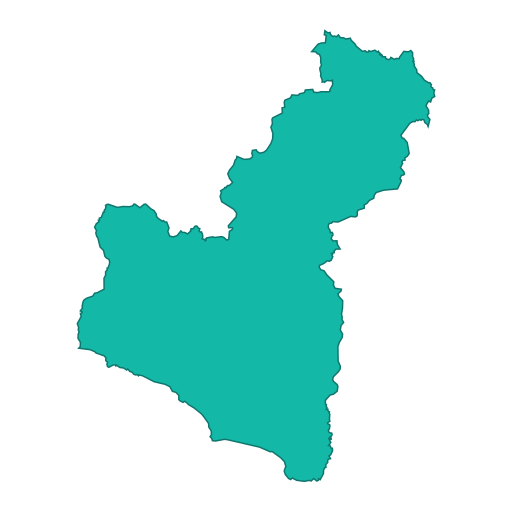 outline of Garut, Jawa Barat, Indonesia
{"feature_id": "22746128B66421464971893", "entity_name": "Garut", "entity_type": "district", "adm_level": 2, "iso_a3": "IDN", "parent_name": "Indonesia", "parent_adm1": "Jawa Barat", "projection": "robinson", "projection_center": [107.848, -7.343], "detail": "fine", "context": "isolated", "style": "filled", "palette": "teal", "viewbox_px": 512, "rotation_deg": 0, "n_neighbors": 0, "source": "geoboundaries", "source_scale": "gbopen_adm2", "svg_char_len": 5992}
<svg xmlns="http://www.w3.org/2000/svg" viewBox="0 0 512 512"><path d="M221.7,201.7L233.8,209.3L236.6,213.1L236.2,216.8L228.3,225.8L228.7,227.8L232.2,227.6L232.7,228.3L232.1,229.6L229.4,231.3L228.7,239.4L226.7,240.1L224.1,237.6L221.8,236.6L214.4,237.5L212.9,236.8L206.9,237.8L205.9,238.5L206.0,240.1L205.3,240.8L204.1,239.2L202.2,238.9L202.8,236.6L202.4,234.1L201.5,231.9L200.4,232.2L199.2,230.9L199.8,228.6L198.1,228.0L197.3,226.4L196.1,225.9L194.7,226.5L193.3,228.7L191.2,228.7L190.5,230.3L190.9,230.9L187.6,233.9L184.8,232.5L182.2,232.4L180.9,230.9L177.1,235.6L173.3,236.9L169.7,236.1L167.8,231.3L169.0,228.0L166.7,222.0L165.4,222.2L163.4,220.6L162.5,221.3L158.2,218.4L156.6,216.5L156.2,214.0L154.0,210.6L150.7,208.7L145.8,204.1L144.1,204.3L139.9,207.7L134.8,204.1L133.9,204.1L132.5,206.0L129.2,206.7L122.9,206.5L117.5,207.4L108.1,204.2L106.3,204.7L105.5,205.6L106.0,206.3L105.3,209.2L104.3,210.1L104.3,212.0L103.3,212.1L101.4,217.3L99.3,218.2L99.4,220.1L98.4,220.3L99.0,221.7L96.4,223.6L94.6,227.2L96.5,230.7L95.8,233.0L96.8,236.7L97.7,237.3L100.1,247.0L103.5,250.4L104.9,256.3L106.6,258.2L108.8,259.2L109.6,261.4L109.5,263.9L108.0,268.0L107.1,268.1L107.2,269.8L105.6,271.8L105.6,275.2L104.0,278.2L104.1,289.2L97.0,292.8L94.6,293.2L92.8,296.1L86.7,298.2L84.1,299.9L83.1,301.7L82.1,306.4L82.5,307.9L80.3,310.9L82.1,311.8L81.8,313.1L80.4,313.4L81.2,316.5L77.3,323.7L78.7,327.6L78.2,329.9L79.1,331.9L78.2,334.1L78.0,338.4L80.4,342.2L80.3,346.5L78.7,348.2L90.2,349.7L94.8,351.7L96.0,353.0L104.1,355.8L105.9,357.7L105.8,360.7L107.6,362.4L106.9,364.2L107.5,366.5L108.8,367.3L113.2,365.0L115.1,364.8L115.9,366.0L116.6,365.2L119.8,367.5L123.6,368.0L126.7,370.0L127.7,369.0L129.9,371.5L132.4,372.3L133.6,374.2L135.9,375.0L137.1,374.5L138.5,375.8L138.9,375.0L142.4,375.7L154.1,381.7L165.1,384.3L169.9,386.7L172.4,391.3L176.0,392.4L178.9,395.5L178.7,399.2L179.6,400.6L183.1,402.4L184.7,401.3L186.9,402.8L188.2,404.4L194.2,408.0L201.6,414.0L204.0,417.0L208.6,423.5L208.8,427.1L211.2,430.8L211.5,434.4L210.1,436.8L211.6,438.1L212.4,440.7L215.5,441.0L224.5,439.3L227.5,439.7L259.5,447.1L270.3,451.8L272.1,451.5L280.8,457.8L284.4,461.6L285.8,466.3L284.2,471.0L285.4,474.6L288.6,478.5L290.7,479.5L292.2,478.0L296.7,480.3L304.3,481.3L309.5,480.4L311.1,481.0L313.7,478.6L316.8,481.0L318.4,480.3L318.8,478.7L320.2,479.7L323.4,473.7L323.6,469.9L324.9,467.7L326.0,467.3L325.7,464.7L327.7,462.4L327.7,460.3L328.4,459.2L330.5,458.7L329.0,455.9L330.8,454.7L332.6,450.6L332.4,448.3L331.3,448.3L329.7,445.1L328.8,445.3L330.8,442.3L328.7,438.5L329.6,438.1L330.2,439.4L331.2,439.2L331.2,438.1L330.0,437.0L331.7,435.8L332.1,434.3L331.7,433.1L329.4,432.7L328.6,431.3L328.4,430.0L329.4,428.9L329.9,426.0L329.6,424.5L328.3,424.4L327.5,422.8L329.9,421.2L329.4,419.3L329.8,414.3L329.1,413.0L329.5,412.0L327.9,410.6L327.8,409.1L326.3,409.3L327.0,407.5L326.1,406.3L326.4,404.6L325.4,403.8L325.4,400.3L330.0,395.1L333.6,394.1L337.2,391.2L337.9,386.5L337.2,384.6L333.5,381.4L332.6,379.4L333.4,376.7L338.5,371.6L340.2,368.8L340.4,366.4L338.1,361.0L337.9,346.5L339.4,342.2L342.2,337.5L342.6,334.1L340.3,330.0L341.1,325.4L343.6,322.5L341.8,319.1L342.3,317.4L341.5,314.2L342.5,308.4L342.7,300.7L338.8,296.4L337.9,293.8L341.0,291.1L341.4,289.2L335.1,288.3L333.4,285.1L333.8,281.8L326.9,275.0L324.1,270.8L320.7,269.7L319.2,267.1L319.5,265.4L323.8,263.5L327.3,260.7L329.1,261.3L331.1,260.4L332.8,256.7L331.9,255.4L332.5,254.4L331.6,253.5L334.3,252.7L334.0,251.1L336.0,249.1L340.1,249.0L337.3,244.4L337.0,240.8L333.0,240.9L331.2,238.8L332.3,235.3L332.9,235.2L332.8,233.4L332.1,232.3L330.4,232.7L329.9,229.9L328.4,228.0L328.3,225.3L329.2,223.5L331.5,223.1L332.9,221.7L338.1,222.0L350.7,216.4L355.3,216.9L356.7,216.3L357.3,215.2L357.3,211.6L358.2,210.1L364.2,208.2L364.3,204.9L367.0,203.3L369.4,200.4L373.7,198.3L374.3,195.2L376.2,192.5L383.5,190.2L397.5,188.9L401.2,181.4L401.1,179.8L399.9,179.1L401.3,175.4L403.7,174.9L404.5,173.9L403.7,171.5L400.4,167.7L402.6,163.4L401.8,162.0L403.1,160.3L405.0,160.2L405.0,157.7L407.3,156.3L409.2,153.5L407.2,142.5L403.7,138.3L402.2,138.1L400.9,135.3L409.8,123.3L412.7,121.6L414.9,121.7L416.4,119.9L417.7,120.7L419.9,119.6L421.1,120.3L422.0,119.4L423.8,119.7L425.0,122.7L427.2,124.3L428.1,126.5L429.9,119.4L427.9,117.1L427.4,114.9L428.7,113.7L428.6,110.2L425.9,105.7L428.6,101.0L430.6,102.0L431.9,98.1L434.7,96.5L433.8,92.8L434.6,89.9L433.3,89.6L432.6,87.8L431.4,87.3L430.8,86.1L431.4,84.6L429.8,82.6L428.3,82.6L424.4,80.2L421.6,76.3L416.9,72.6L416.7,69.8L414.0,65.6L414.4,64.3L413.5,62.6L414.0,61.4L413.0,61.4L413.7,59.1L412.6,56.6L412.6,52.7L410.8,50.5L408.5,51.8L403.8,51.4L399.5,57.3L399.2,58.7L396.2,58.4L394.4,59.4L390.9,57.4L390.1,59.0L388.3,59.6L385.7,58.5L385.5,56.8L382.2,56.7L382.3,55.5L381.4,54.5L380.6,55.2L379.6,54.4L380.2,53.3L378.8,52.4L378.5,51.2L377.3,52.0L374.9,50.2L370.7,51.5L368.9,50.7L368.6,51.8L366.9,52.2L365.3,50.8L362.3,51.3L356.1,46.1L355.2,44.2L351.2,40.3L350.3,38.2L346.0,39.0L343.7,37.9L340.3,37.6L338.4,34.9L336.5,36.7L334.4,36.0L332.7,36.5L330.5,34.4L330.0,32.4L327.9,32.9L324.9,30.7L324.3,34.7L326.2,35.6L325.4,42.8L321.4,43.0L318.1,44.1L311.7,51.6L315.7,51.8L317.3,53.7L319.4,54.4L320.7,57.3L320.7,62.5L321.4,64.6L320.8,66.8L319.9,67.6L319.9,69.7L320.9,73.6L320.6,75.8L322.2,80.0L322.1,82.1L323.7,81.7L324.4,82.4L326.8,80.5L331.4,80.9L332.4,80.2L332.7,84.6L329.8,90.0L330.1,91.1L328.8,91.8L321.2,91.7L317.7,92.6L313.8,92.2L312.7,89.4L305.3,90.0L304.7,92.2L303.7,92.9L299.8,93.7L297.8,95.4L291.9,94.9L290.4,97.9L284.9,100.2L284.2,102.2L284.8,107.1L282.0,107.9L282.4,113.0L272.8,117.8L272.0,119.3L272.4,123.8L270.9,127.2L272.9,133.4L272.6,138.9L270.9,143.5L266.5,150.2L263.7,152.3L259.8,153.2L257.0,151.4L256.2,149.8L252.4,150.4L251.8,153.6L252.6,155.5L252.4,156.8L250.0,158.9L244.1,159.4L236.9,156.4L236.6,158.6L235.1,160.2L233.6,165.1L229.5,170.1L227.8,173.8L229.6,178.5L232.6,182.4L229.3,185.6L228.0,185.4L226.6,186.5L226.4,187.6L224.8,187.5L224.1,188.7L220.6,190.8L221.4,192.7L220.1,196.4L221.7,201.7Z" fill="#14b8a6" stroke="#0f766e" stroke-width="1.5"/></svg>